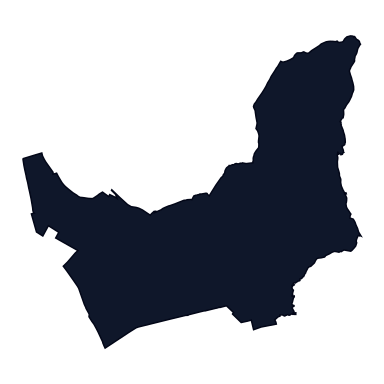 outline of Luizi-Calugara, Bacau, Romania, rotated 180°
{"feature_id": "2599482B12276369319500", "entity_name": "Luizi-Calugara", "entity_type": "district", "adm_level": 2, "iso_a3": "ROU", "parent_name": "Romania", "parent_adm1": "Bacau", "projection": "mercator", "projection_center": [26.83, 46.517], "detail": "fine", "context": "isolated", "style": "filled", "palette": "ink", "viewbox_px": 384, "rotation_deg": 180, "n_neighbors": 0, "source": "geoboundaries", "source_scale": "gbopen_adm2", "svg_char_len": 5778}
<svg xmlns="http://www.w3.org/2000/svg" viewBox="0 0 384 384"><g transform="rotate(180 192 192)"><path d="M23.5,339.8L24.1,340.6L24.7,342.7L25.8,343.8L27.0,344.4L27.5,344.8L28.3,345.7L28.8,346.8L29.8,347.5L30.4,346.8L30.9,347.7L31.4,347.9L33.4,348.1L34.4,347.9L35.3,347.6L37.0,347.2L38.9,345.5L39.5,344.8L40.5,343.0L40.8,342.5L41.7,342.0L44.1,341.6L45.3,341.6L45.9,341.7L46.3,342.0L46.2,342.3L46.5,342.7L46.9,342.9L47.8,342.6L48.2,342.3L50.9,342.6L53.4,342.7L55.3,342.6L57.8,342.2L62.2,340.3L63.7,339.4L63.8,338.9L72.4,333.4L75.2,331.0L76.3,330.7L77.3,330.9L78.3,331.1L79.9,332.0L80.6,332.1L82.3,331.3L83.1,331.1L86.4,331.1L87.3,330.8L88.8,329.3L89.5,328.4L90.3,326.6L91.1,325.9L93.7,324.4L97.1,322.9L100.2,322.0L101.4,321.9L103.3,322.7L106.4,317.3L107.5,316.0L109.1,313.3L112.8,307.6L114.2,304.6L116.3,301.2L118.0,297.6L120.0,294.2L121.9,291.2L126.3,284.9L127.9,282.2L129.7,279.9L130.5,277.6L130.2,276.3L129.2,274.2L128.8,273.3L128.7,272.0L127.9,266.5L126.9,261.3L127.0,259.8L128.0,255.4L126.5,253.4L126.1,252.5L125.3,250.1L125.0,248.6L125.0,247.2L125.5,243.1L125.5,241.5L125.1,240.3L125.2,237.5L125.4,236.2L127.7,233.4L128.8,231.7L129.7,230.1L130.0,228.5L130.6,226.9L130.8,225.5L130.7,223.3L131.1,222.6L130.9,221.6L131.0,221.2L137.8,220.4L141.7,221.1L142.2,220.7L144.0,220.8L144.4,220.3L146.1,220.1L147.9,220.5L149.3,220.0L150.2,219.2L151.6,219.3L153.5,218.4L154.9,218.5L155.1,218.0L157.4,216.2L158.3,214.7L159.0,213.1L159.2,211.7L159.5,210.7L160.6,209.4L161.2,207.7L162.8,206.4L168.0,199.0L174.8,188.1L176.5,189.7L176.9,190.5L177.9,190.8L182.4,190.0L184.1,190.0L184.2,189.4L185.7,189.4L187.0,188.9L188.5,188.7L190.2,188.0L192.1,184.3L193.3,184.5L196.7,184.3L199.4,183.5L199.8,183.8L209.1,180.1L213.9,178.4L215.2,178.1L218.6,176.7L221.0,175.6L223.1,174.1L228.8,171.6L228.0,172.7L228.2,172.8L228.9,172.1L229.2,172.0L229.3,172.1L229.4,172.6L229.8,172.7L232.5,170.3L233.4,169.2L233.6,168.7L241.5,174.0L245.2,175.8L248.0,176.6L252.8,177.3L256.4,179.4L264.2,186.5L272.2,194.2L272.5,193.6L268.9,190.1L268.2,189.1L267.0,185.5L268.7,186.7L274.3,189.4L275.3,187.4L281.5,191.9L284.8,189.9L286.5,188.5L290.9,185.6L292.0,185.4L295.7,185.6L301.0,186.4L304.1,186.7L306.2,187.9L307.2,188.8L310.9,191.1L315.3,194.6L318.7,197.5L320.4,199.3L322.0,201.3L323.4,203.6L325.7,207.5L327.4,210.8L330.9,209.8L331.0,211.8L338.3,222.1L339.8,224.7L341.5,228.1L342.2,231.0L348.0,229.3L360.8,225.4L361.0,224.6L360.0,218.2L359.2,214.2L357.9,208.4L357.5,206.1L356.3,201.4L355.3,196.2L354.3,191.8L352.9,185.2L351.4,176.4L351.1,173.5L350.7,172.0L350.2,171.1L349.9,170.9L352.6,170.1L347.5,152.0L341.2,148.0L335.6,158.3L325.2,151.7L328.3,146.0L306.0,133.4L308.6,131.1L316.5,121.9L320.7,117.8L317.1,113.0L311.1,104.5L306.5,97.8L305.3,95.7L299.7,79.7L298.1,76.3L298.0,75.7L294.9,70.1L294.8,69.5L295.0,67.2L292.1,62.6L290.1,59.9L287.8,55.7L285.9,52.0L281.3,42.0L281.2,41.2L279.8,37.8L278.9,35.9L255.5,51.4L247.9,56.2L245.7,57.0L213.0,65.1L198.5,68.6L196.3,68.7L196.4,69.0L183.8,72.2L179.2,73.3L179.0,73.1L168.4,75.7L166.9,76.0L165.6,76.4L165.0,76.9L164.6,76.9L164.2,76.5L159.6,77.7L157.5,78.2L150.4,71.4L151.3,70.3L151.2,70.2L151.4,69.9L142.8,61.5L136.4,62.9L132.7,63.9L130.4,54.3L122.8,57.0L107.7,59.9L108.1,61.8L109.3,64.3L108.5,64.8L106.0,67.1L104.0,67.9L104.1,69.0L101.5,69.1L100.2,68.3L99.3,68.0L98.8,68.2L98.2,68.8L97.4,68.8L96.8,69.3L96.2,69.4L95.8,69.1L95.1,68.8L94.2,68.9L93.7,69.2L92.9,69.8L92.3,70.1L91.5,69.7L88.2,69.6L88.2,71.2L90.7,70.9L90.9,71.1L90.0,72.0L90.0,72.6L91.9,76.0L91.8,76.5L91.4,77.1L90.4,77.5L90.0,77.8L89.9,78.1L90.0,78.4L90.2,78.6L91.6,78.9L91.8,79.1L92.1,80.5L92.0,81.1L91.6,81.8L90.7,85.6L90.3,86.5L89.8,87.0L89.7,87.6L89.8,88.1L90.3,88.1L91.8,87.6L92.0,87.8L92.0,88.3L91.4,89.3L91.3,89.6L91.5,90.5L91.1,92.0L90.6,93.8L91.5,94.8L92.3,96.5L91.6,97.2L91.5,97.5L91.6,97.9L92.0,98.2L92.0,98.5L91.3,98.4L90.0,98.9L89.7,99.2L89.9,99.4L90.7,99.7L90.8,100.1L90.7,100.7L90.4,101.1L89.9,101.3L89.5,101.2L89.0,100.9L88.4,101.1L88.1,101.5L86.9,102.3L86.4,102.4L85.8,103.1L84.9,103.1L84.2,103.4L84.0,103.8L84.3,104.8L83.7,105.2L82.8,105.3L82.0,105.9L81.5,106.9L80.4,107.4L79.0,110.5L78.4,111.0L78.1,112.2L75.9,116.4L74.8,117.2L73.2,117.7L69.6,121.1L68.6,123.2L67.4,125.2L65.7,125.9L62.8,126.2L59.4,127.0L58.2,128.5L54.7,130.1L51.9,131.8L49.6,132.6L47.9,132.4L45.0,131.8L43.7,132.5L42.5,132.4L41.8,133.0L40.0,134.0L33.2,132.8L31.9,133.8L29.4,136.6L28.3,138.0L27.3,141.2L27.7,142.1L27.7,143.8L27.0,145.8L26.1,147.8L25.5,148.6L24.4,148.1L24.1,148.5L23.0,148.0L25.3,151.8L25.8,153.3L26.4,155.4L28.1,159.2L29.0,161.8L30.7,164.8L34.1,166.0L33.9,168.2L33.1,169.9L34.1,171.3L35.5,173.5L36.7,175.2L37.5,176.8L37.7,177.7L38.1,180.3L37.7,181.4L37.4,183.4L37.3,186.0L38.4,188.6L39.2,189.7L37.7,190.1L38.1,191.2L39.4,190.9L40.3,192.9L40.8,193.6L42.7,198.0L43.3,201.2L43.3,202.6L43.2,204.2L43.4,205.3L44.0,206.7L44.5,208.0L44.6,208.9L44.6,210.3L45.0,212.0L46.4,216.7L46.6,221.4L46.6,222.6L46.3,224.8L46.2,226.2L46.4,227.4L46.7,228.4L46.3,231.7L45.8,231.6L46.0,230.4L45.9,229.9L45.6,229.7L44.0,230.6L43.6,230.0L43.2,229.7L43.1,229.3L42.2,229.5L42.0,229.9L41.6,229.8L41.3,230.3L41.4,230.7L41.3,231.0L40.2,231.6L40.5,232.0L40.7,233.9L41.1,234.8L41.7,236.4L41.7,237.0L42.1,237.8L40.7,238.3L39.4,239.3L39.2,239.8L39.1,240.8L38.8,241.3L38.7,241.9L38.9,245.2L39.1,246.2L39.5,248.9L40.5,252.0L40.9,253.8L43.0,259.0L42.8,259.6L43.2,259.7L43.0,261.8L43.9,262.3L43.1,263.8L41.8,265.8L41.4,266.2L40.9,266.2L40.3,269.3L40.3,270.6L40.5,274.5L39.4,275.6L37.5,279.1L35.2,282.2L34.3,283.9L32.5,287.6L31.6,290.8L31.1,291.8L30.3,294.0L30.3,294.7L30.4,297.6L31.2,301.3L31.9,303.6L32.5,306.1L33.6,309.2L34.6,312.8L34.3,314.3L33.7,315.3L33.0,317.2L30.0,321.8L29.4,323.0L29.5,324.8L29.1,326.4L29.0,327.6L27.5,330.4L27.1,331.5L26.4,334.6L26.1,335.6L24.5,338.5L23.5,339.8Z" fill="#0f172a" stroke="#020617" stroke-width="1.5"/></g></svg>